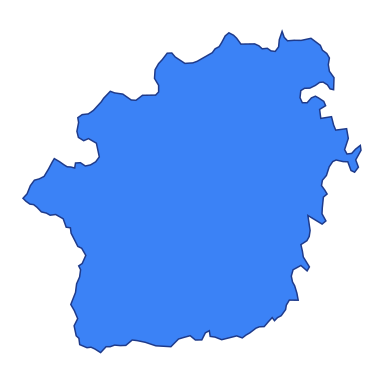 the district of Carlópolis, Paraná, Brazil
{"feature_id": "56859067B22086314964615", "entity_name": "Carlópolis", "entity_type": "district", "adm_level": 2, "iso_a3": "BRA", "parent_name": "Brazil", "parent_adm1": "Paraná", "projection": "equal_earth", "projection_center": [-49.704, -23.457], "detail": "fine", "context": "isolated", "style": "filled", "palette": "blue", "viewbox_px": 384, "rotation_deg": 0, "n_neighbors": 0, "source": "geoboundaries", "source_scale": "gbopen_adm2", "svg_char_len": 2612}
<svg xmlns="http://www.w3.org/2000/svg" viewBox="0 0 384 384"><path d="M327.1,194.0L324.7,190.0L321.5,185.6L322.4,180.2L326.4,175.5L329.2,166.8L332.7,161.6L336.1,160.0L343.1,161.6L347.8,161.8L351.0,170.5L354.6,172.2L358.4,167.2L355.7,159.9L361.0,150.3L360.3,145.4L355.5,149.2L351.7,153.4L347.0,154.0L344.6,149.6L348.3,138.4L346.6,128.7L341.3,129.4L335.7,130.1L333.6,125.0L331.5,116.7L320.8,118.4L319.6,109.4L325.6,105.7L323.8,101.4L318.5,97.9L315.4,96.2L311.4,97.9L307.1,102.8L302.3,102.7L300.0,97.7L300.8,90.6L304.5,88.3L309.9,88.1L315.4,85.4L319.6,82.4L323.1,82.1L327.4,84.8L330.1,88.9L333.6,89.7L334.0,77.7L329.4,71.3L328.3,64.6L329.4,58.0L326.8,53.5L322.4,50.2L320.3,45.3L316.2,42.2L311.0,38.3L301.2,40.4L294.0,40.3L287.5,40.8L284.2,37.3L282.1,31.4L279.3,39.6L278.6,46.9L275.2,51.4L271.0,50.9L267.3,48.3L262.2,48.8L258.9,45.8L254.7,43.9L240.9,44.1L236.6,38.2L233.5,35.2L228.9,32.8L225.2,35.9L221.6,42.7L219.1,46.7L215.1,48.8L212.3,52.7L197.2,61.3L192.8,62.9L184.9,63.4L175.2,57.0L171.8,53.0L167.2,53.2L162.3,59.6L158.6,63.6L155.1,69.7L154.5,78.4L158.6,85.3L158.6,92.0L155.6,95.1L142.5,95.3L136.0,100.3L131.2,100.0L122.8,94.1L114.6,92.9L110.3,91.3L103.7,98.2L101.2,101.9L93.4,110.4L88.3,113.9L82.2,114.6L77.8,117.7L78.6,122.5L76.9,131.3L78.4,137.4L83.7,140.7L88.5,138.6L96.4,143.2L99.3,156.9L95.7,161.8L90.5,164.9L85.3,166.0L80.4,162.7L75.5,163.0L74.7,168.0L70.8,167.0L67.2,166.8L64.1,164.9L59.4,161.6L54.3,158.6L52.2,162.1L48.6,168.9L44.1,176.4L39.2,178.9L34.4,180.2L30.4,185.6L27.1,193.8L23.0,198.3L26.0,201.3L29.9,204.1L33.6,204.6L36.9,207.2L41.4,211.9L46.4,213.1L50.1,215.2L55.7,214.5L63.2,218.8L66.2,227.2L70.4,227.8L71.1,233.2L75.2,241.2L77.8,246.4L81.7,248.3L85.8,255.4L82.2,263.5L78.7,265.9L80.6,269.7L79.6,277.0L76.6,283.8L75.5,292.5L70.8,304.5L74.3,310.6L77.7,318.6L74.1,325.8L76.2,335.8L78.9,338.3L79.7,344.6L87.0,347.7L91.0,347.2L94.7,348.9L100.6,352.6L106.1,346.7L110.2,346.7L114.6,345.1L120.3,345.6L125.8,345.4L132.2,340.0L137.2,340.6L145.3,342.3L155.8,345.8L170.9,346.7L178.5,339.0L183.9,337.4L190.2,335.7L195.4,340.0L201.8,339.9L205.4,332.8L209.3,330.7L210.2,336.4L215.1,337.1L221.7,339.7L236.7,335.9L242.3,337.9L246.1,335.0L249.9,332.8L255.9,328.2L259.4,326.8L264.2,326.6L268.4,321.7L272.2,317.6L274.5,320.7L277.5,317.6L281.2,315.7L285.6,309.6L286.3,305.2L289.3,300.1L298.2,300.2L296.9,293.2L294.7,285.9L292.5,281.9L291.3,276.1L293.1,269.7L300.9,265.5L307.1,270.9L309.4,266.9L303.3,257.0L302.4,251.2L300.9,244.6L306.9,240.7L309.2,236.5L310.1,230.5L307.9,215.5L322.1,224.1L325.9,220.9L322.0,213.8L322.3,207.7L323.4,197.1L327.1,194.0Z" fill="#3b82f6" stroke="#1e3a8a" stroke-width="1.5"/></svg>